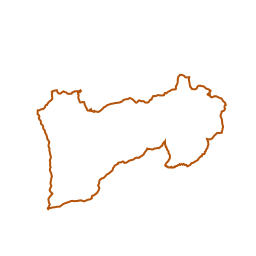 Sativanorte, Boyacá, Colombia (Mercator projection), rotated 163°
{"feature_id": "7082276B25925183447781", "entity_name": "Sativanorte", "entity_type": "district", "adm_level": 2, "iso_a3": "COL", "parent_name": "Colombia", "parent_adm1": "Boyacá", "projection": "mercator", "projection_center": [-72.738, 6.126], "detail": "fine", "context": "isolated", "style": "outline", "palette": "amber", "viewbox_px": 256, "rotation_deg": 163, "n_neighbors": 0, "source": "geoboundaries", "source_scale": "gbopen_adm2", "svg_char_len": 5774}
<svg xmlns="http://www.w3.org/2000/svg" viewBox="0 0 256 256"><g transform="rotate(163 128 128)"><path d="M228.0,73.7L227.0,74.3L226.3,74.4L225.5,74.1L223.8,74.1L220.2,73.5L218.1,73.3L216.6,72.8L215.9,72.8L212.7,74.1L209.6,74.5L205.9,74.5L204.4,74.8L203.7,74.8L202.3,74.5L200.9,73.7L198.8,73.4L198.0,73.0L197.0,72.9L196.3,73.1L195.1,72.6L193.9,72.6L192.2,71.1L191.2,70.7L187.6,71.1L185.4,70.9L183.1,71.3L183.0,72.3L182.4,73.4L181.5,73.7L180.8,73.5L180.0,73.6L179.1,74.1L178.4,74.1L177.8,74.6L176.2,75.1L175.8,75.8L174.5,76.8L173.1,78.7L172.9,79.5L173.0,80.1L173.4,81.4L173.3,81.9L171.9,83.3L171.1,85.4L170.1,86.6L167.7,87.5L167.2,87.3L165.9,87.4L164.1,88.3L162.0,89.7L159.6,90.1L158.6,90.7L157.3,91.0L156.7,91.5L155.4,91.9L154.8,92.6L154.0,94.0L153.7,94.3L152.7,94.8L151.7,95.9L149.6,96.4L148.3,96.5L147.8,97.5L147.5,97.6L146.7,97.6L145.3,97.2L142.6,97.5L142.4,97.3L141.8,96.4L141.8,95.8L139.9,95.3L137.7,95.9L136.8,96.4L134.4,96.4L133.5,96.2L131.5,96.4L130.9,96.6L130.3,97.0L129.8,97.1L128.3,97.1L127.5,96.6L127.0,96.7L126.5,96.3L125.9,96.3L124.9,96.9L124.3,96.9L123.7,97.3L122.7,97.4L121.1,97.9L119.2,99.7L116.4,101.7L115.6,102.6L115.3,102.1L114.8,101.8L114.0,101.8L113.2,101.5L111.3,100.4L110.2,100.3L108.5,100.6L106.3,100.2L105.3,100.3L104.9,99.9L104.4,99.7L103.5,99.9L101.9,100.8L101.0,100.8L100.6,101.0L100.2,101.4L99.8,102.3L99.4,102.4L98.2,103.7L97.6,104.0L96.8,104.0L96.6,104.2L97.4,101.1L97.2,100.5L97.4,98.8L96.9,98.4L96.9,95.6L96.2,94.1L96.2,93.3L96.6,92.0L96.0,90.5L96.1,89.0L96.6,87.4L97.1,86.6L99.5,84.4L101.2,83.5L103.3,81.6L103.1,80.5L102.5,80.3L102.1,79.9L101.5,79.7L101.4,79.4L101.7,79.3L101.7,79.1L101.3,78.7L99.8,78.0L98.1,78.2L98.0,77.4L97.7,77.2L96.7,77.3L96.3,77.0L94.8,76.8L94.6,76.9L94.6,77.5L93.1,77.4L92.8,77.6L92.2,77.3L90.9,77.9L89.9,77.8L89.4,78.2L89.3,77.8L88.7,77.4L87.5,77.9L86.5,77.4L85.4,77.4L85.3,77.2L85.5,76.9L85.0,76.9L84.4,75.9L83.5,75.9L83.2,75.8L82.7,74.9L82.6,74.5L82.3,74.4L82.3,74.0L79.7,74.4L78.8,74.7L78.3,75.5L77.6,75.8L76.2,75.7L75.1,75.8L74.1,76.2L70.8,76.9L69.5,78.0L66.9,79.5L66.5,79.7L65.9,79.4L65.5,79.5L64.6,81.1L63.9,81.1L62.7,80.8L62.3,81.0L61.8,81.7L61.5,82.8L61.0,82.9L60.1,83.4L59.4,84.7L57.8,85.7L56.9,87.7L56.3,88.0L56.0,88.5L55.4,91.5L55.6,92.7L55.6,94.4L54.3,93.6L52.8,93.2L51.9,93.1L50.4,93.5L47.9,95.3L44.4,97.1L43.6,97.0L42.1,96.4L39.7,96.1L39.3,97.2L38.4,98.4L37.6,100.0L36.7,101.3L36.6,104.4L35.7,108.8L36.0,112.2L35.9,112.8L35.2,113.7L34.8,114.5L34.1,115.2L33.6,116.4L31.7,116.4L30.8,116.7L30.3,117.3L29.7,117.8L29.6,118.0L29.7,118.7L29.6,119.9L29.1,120.9L28.6,121.4L27.8,121.5L27.9,121.8L27.7,123.4L29.2,126.1L29.9,128.9L30.9,129.4L34.4,132.6L35.3,132.9L35.9,132.8L36.2,133.1L38.8,132.8L38.9,133.0L39.7,133.4L39.9,134.2L40.9,135.6L41.9,136.4L42.0,137.0L41.6,137.2L40.8,136.5L40.4,135.9L40.0,135.9L39.8,136.9L39.8,138.4L38.8,138.6L38.1,139.5L39.5,141.3L41.7,142.8L43.4,145.6L44.7,146.3L45.7,146.6L46.5,147.4L47.1,147.4L48.1,147.7L48.7,147.6L49.6,147.1L50.6,145.9L51.1,145.6L52.2,145.4L53.8,145.8L55.7,146.8L55.8,147.2L55.7,148.0L55.8,148.5L56.5,149.3L55.6,156.6L54.6,158.7L56.9,159.1L58.2,159.7L59.3,161.7L60.9,163.1L61.5,163.2L62.1,163.6L62.9,163.6L63.5,162.9L64.2,162.7L65.0,162.2L66.1,160.2L67.1,157.1L68.7,154.9L69.9,154.0L70.8,151.3L71.2,151.1L74.6,151.8L79.7,150.7L81.2,150.0L82.1,150.7L82.4,150.7L82.9,150.4L83.9,148.9L84.2,148.8L84.7,149.1L85.7,149.1L88.2,149.9L89.2,150.6L90.2,150.7L92.2,150.4L94.6,151.2L95.6,150.3L97.2,148.4L97.6,148.3L98.2,148.6L98.5,148.5L100.7,146.8L101.4,146.6L102.3,146.7L104.0,147.3L104.4,147.7L105.0,148.8L105.4,149.2L106.6,149.5L108.2,150.1L108.8,150.9L109.5,151.2L110.4,150.8L111.8,149.8L112.8,149.8L113.5,150.6L114.0,152.1L114.6,152.8L115.1,153.9L116.2,155.1L117.6,156.2L119.4,155.7L121.9,156.1L124.1,156.1L126.3,155.0L127.2,155.1L128.4,154.7L129.4,155.1L131.3,155.2L132.4,155.5L138.2,156.1L139.5,155.9L141.5,155.9L143.6,154.9L145.3,154.8L146.2,154.0L149.4,152.6L151.6,152.0L154.3,153.3L155.0,154.1L155.8,153.3L156.0,153.3L156.8,154.5L157.5,154.9L158.0,154.9L157.9,156.8L159.2,156.4L159.3,156.0L159.1,155.5L161.5,156.6L161.8,157.1L161.8,159.1L162.3,160.1L162.2,161.4L162.6,162.9L162.4,165.0L162.5,165.7L163.6,166.0L166.1,166.3L166.4,166.9L166.6,167.4L166.5,169.0L166.8,170.8L166.6,171.8L165.7,173.5L165.6,174.2L165.9,175.0L165.4,175.6L165.5,176.1L165.4,176.6L164.5,176.4L164.0,176.6L163.1,176.5L162.6,176.7L162.2,177.3L162.5,178.0L163.1,177.6L163.7,177.5L168.6,178.7L169.5,178.2L170.8,178.4L171.8,177.4L172.1,177.3L173.3,177.7L174.7,177.9L175.6,178.4L176.7,180.0L178.7,181.5L179.0,181.9L180.2,181.6L182.7,180.7L183.7,181.0L184.8,182.1L185.0,183.6L185.0,184.9L185.9,184.9L186.5,185.2L187.2,185.1L187.7,185.3L189.2,185.2L189.7,185.0L190.3,185.0L190.4,184.9L190.0,184.1L190.5,183.4L191.1,182.1L191.2,180.6L191.5,180.1L191.6,178.8L192.0,177.9L192.4,177.8L193.1,177.1L195.5,176.3L196.5,175.7L198.0,174.7L198.6,173.8L199.3,174.0L200.0,173.8L200.4,173.5L201.4,172.1L203.0,171.1L203.9,170.9L205.1,171.3L208.0,170.9L209.1,171.3L209.9,169.5L210.0,168.5L210.4,167.7L209.5,166.2L209.4,165.0L209.5,164.5L210.3,163.9L210.4,163.0L210.1,161.8L209.5,160.8L209.4,160.0L210.0,157.5L209.0,155.8L208.7,154.7L208.7,154.0L209.1,153.0L209.2,152.4L209.1,151.7L208.3,150.2L208.6,147.9L208.0,144.7L208.1,143.8L208.0,143.1L208.4,141.3L207.8,139.5L207.4,137.5L208.9,135.1L209.2,134.4L209.3,132.7L209.1,131.2L209.8,129.5L209.8,127.8L210.1,125.9L210.1,123.3L210.3,122.5L210.9,121.5L212.1,120.2L212.4,119.0L212.6,117.2L213.5,115.1L213.4,113.1L214.5,111.8L215.0,110.9L215.0,109.1L214.7,107.5L214.9,106.1L214.8,104.2L215.1,103.6L216.0,102.6L216.5,101.3L218.1,98.4L218.4,97.4L218.2,95.8L218.3,94.9L220.4,92.6L221.2,91.2L220.3,88.7L219.5,87.6L219.5,87.2L222.9,85.1L224.8,83.6L225.4,80.3L225.2,77.7L227.3,75.3L228.1,74.8L228.3,74.3L228.0,73.7Z" fill="none" stroke="#b45309" stroke-width="2"/></g></svg>